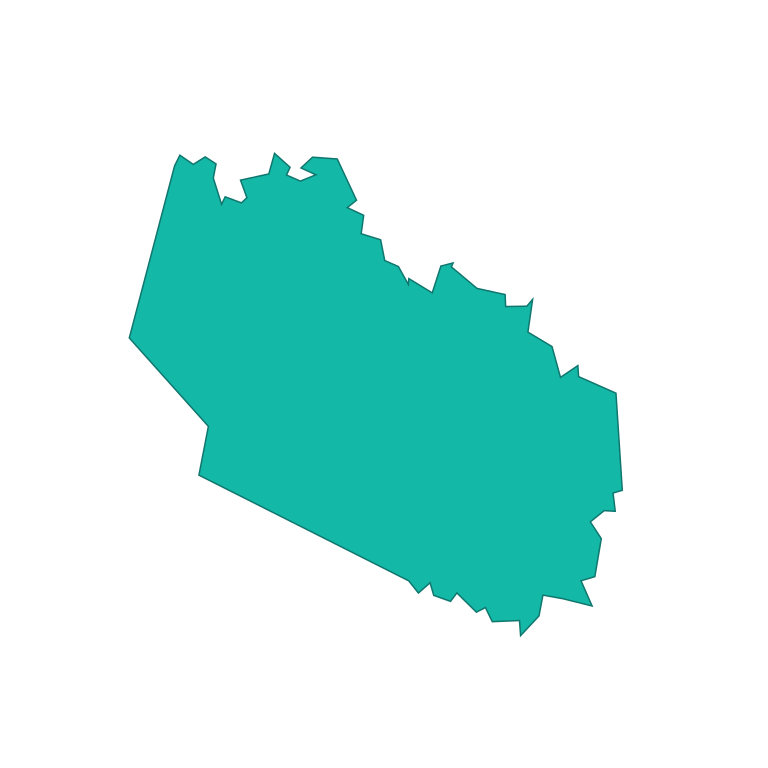 Grayson, Kentucky, United States of America, rotated 30°
{"feature_id": "52423323B38332409828976", "entity_name": "Grayson", "entity_type": "district", "adm_level": 2, "iso_a3": "USA", "parent_name": "United States of America", "parent_adm1": "Kentucky", "projection": "mercator", "projection_center": [-86.327, 37.472], "detail": "fine", "context": "isolated", "style": "filled", "palette": "teal", "viewbox_px": 768, "rotation_deg": 30, "n_neighbors": 0, "source": "geoboundaries", "source_scale": "gbopen_adm2", "svg_char_len": 1020}
<svg xmlns="http://www.w3.org/2000/svg" viewBox="0 0 768 768"><g transform="rotate(30 384 384)"><path d="M550.3,539.0L551.6,528.5L578.1,535.4L583.6,526.9L596.6,535.7L619.6,521.1L628.1,533.6L634.2,507.4L627.2,487.4L646.3,480.5L675.2,472.2L653.0,455.9L662.9,445.4L649.5,409.3L631.6,400.2L638.0,383.6L647.9,378.6L636.9,363.9L643.5,356.9L589.5,276.0L548.8,280.3L542.7,271.1L533.5,290.0L510.8,267.6L482.7,267.1L470.4,236.4L468.8,245.2L450.6,256.1L444.2,246.0L416.7,254.7L383.8,248.9L383.3,244.6L374.3,253.4L380.2,281.0L352.8,280.3L355.3,285.6L337.8,275.1L322.9,276.7L309.0,260.8L289.1,265.3L282.1,248.1L264.0,249.6L268.3,238.6L231.0,212.5L208.7,223.3L204.1,238.4L220.4,236.9L210.1,250.1L195.1,251.8L194.3,243.3L173.9,239.0L179.2,259.7L157.8,279.2L172.1,291.2L170.0,298.4L152.9,301.3L153.5,309.6L133.2,291.0L128.5,277.4L115.6,276.7L109.0,289.2L92.8,287.9L93.6,299.9L140.4,471.5L253.1,508.5L269.3,555.5L503.8,542.1L518.3,547.8L523.3,533.1L532.8,542.2L550.3,539.0Z" fill="#14b8a6" stroke="#0f766e" stroke-width="1.5"/></g></svg>